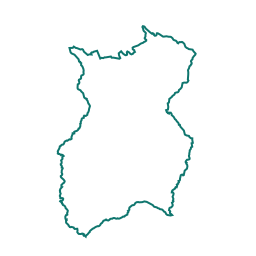 outline of Redenção, Pará, Brazil, rotated 76°
{"feature_id": "56859067B40861427462904", "entity_name": "Redenção", "entity_type": "district", "adm_level": 2, "iso_a3": "BRA", "parent_name": "Brazil", "parent_adm1": "Pará", "projection": "mercator", "projection_center": [-50.206, -8.057], "detail": "fine", "context": "isolated", "style": "outline", "palette": "teal", "viewbox_px": 256, "rotation_deg": 76, "n_neighbors": 0, "source": "geoboundaries", "source_scale": "gbopen_adm2", "svg_char_len": 5826}
<svg xmlns="http://www.w3.org/2000/svg" viewBox="0 0 256 256"><g transform="rotate(76 128 128)"><path d="M57.1,56.9L57.3,58.0L58.0,58.8L57.5,59.4L55.9,59.8L54.9,60.4L53.9,62.0L53.3,62.6L51.6,63.1L50.1,64.2L49.6,65.1L49.4,66.2L48.3,68.5L48.0,71.2L47.7,72.0L45.0,74.4L43.3,76.2L43.1,77.1L44.7,77.9L45.1,78.6L45.0,79.6L44.2,80.2L43.2,80.1L42.6,80.4L42.0,81.1L42.5,81.8L40.7,83.3L35.8,86.7L33.8,87.4L33.2,88.0L32.8,89.0L33.5,89.6L35.1,89.3L36.8,89.4L37.7,89.2L39.5,88.0L40.3,87.7L41.7,88.5L43.4,88.9L44.8,90.1L45.5,90.0L46.9,89.0L47.7,89.2L48.2,90.3L48.4,91.7L48.9,92.5L49.2,95.2L50.3,98.0L50.8,103.2L51.2,104.1L52.8,104.3L54.0,103.1L54.9,103.2L55.9,102.9L56.4,104.5L57.1,105.1L57.4,106.8L56.7,107.7L54.7,108.8L53.6,110.1L54.2,110.8L56.4,111.1L56.9,111.6L56.8,112.7L56.2,113.5L54.5,114.9L51.9,116.1L53.3,118.9L55.4,119.1L58.3,118.6L58.7,119.6L56.3,124.9L55.8,126.9L54.5,127.3L54.1,132.6L53.8,133.6L54.2,135.1L53.5,136.8L53.9,138.1L45.6,139.3L45.7,142.9L46.1,143.5L45.9,145.0L46.4,145.7L47.9,145.6L47.2,147.5L47.4,149.4L43.3,152.3L41.1,152.7L40.4,153.4L40.3,155.2L38.2,158.1L37.6,159.4L35.9,160.9L36.9,162.2L36.2,165.4L40.5,165.4L41.9,164.8L43.9,162.2L49.4,159.3L51.6,159.4L52.2,158.4L52.9,158.6L53.7,157.7L55.7,158.3L57.1,157.4L59.9,157.0L61.4,157.1L62.1,157.3L62.8,157.7L64.3,157.8L65.2,158.2L65.6,159.0L65.8,160.5L66.5,161.0L68.4,161.5L68.9,162.1L69.3,163.9L70.0,164.3L71.8,164.1L72.5,164.4L73.1,164.8L73.5,166.2L76.7,167.2L77.6,167.3L78.4,166.9L79.9,165.0L81.3,164.5L83.4,163.1L87.8,163.1L88.8,162.4L89.1,161.7L89.7,161.0L90.3,161.4L91.6,160.7L94.8,160.5L95.5,160.0L97.5,159.6L100.2,161.2L101.7,161.8L103.4,163.0L103.8,163.7L105.4,164.3L106.1,166.1L105.4,167.5L105.9,168.1L107.4,168.4L107.6,170.3L108.2,170.9L109.1,171.1L110.4,172.3L112.1,172.7L112.4,173.4L113.3,173.4L115.0,174.0L116.7,175.4L116.6,176.1L117.8,177.0L118.4,178.3L118.5,180.3L118.7,181.1L120.3,181.4L120.3,182.3L119.8,183.0L120.6,183.3L123.2,185.1L124.8,185.3L125.1,186.0L125.2,187.0L124.8,187.6L125.7,189.9L125.3,190.5L125.8,192.5L126.3,193.1L126.9,193.4L128.1,194.4L128.4,195.2L128.2,195.9L128.6,197.1L129.3,197.8L129.3,198.6L131.0,199.4L133.6,201.8L134.5,201.8L135.8,202.3L136.4,201.7L136.6,200.7L138.2,199.6L137.8,198.9L138.2,198.2L138.8,197.6L139.6,197.2L140.2,198.6L141.0,199.0L141.7,198.9L142.4,199.3L142.8,200.2L143.5,200.8L144.1,200.5L145.7,200.8L146.5,201.3L146.8,202.0L147.6,202.1L148.9,201.4L150.3,201.9L150.6,201.2L151.4,201.1L153.0,202.5L154.4,202.9L155.0,203.2L156.8,202.9L157.5,203.3L158.0,204.0L158.3,204.8L159.0,205.0L159.8,204.8L162.6,202.9L164.3,202.3L165.1,202.8L165.7,203.4L165.9,204.3L167.3,206.5L168.0,206.5L168.8,206.8L169.3,206.2L170.6,208.2L172.0,209.2L172.8,209.1L173.5,209.5L175.3,209.2L177.4,210.6L178.9,210.4L179.6,210.6L180.3,208.3L181.1,208.0L182.1,208.6L182.6,209.4L182.2,211.1L182.7,211.6L184.5,210.1L185.3,210.4L186.0,209.7L186.9,209.8L188.1,208.4L189.9,207.8L190.8,207.9L192.2,206.9L193.7,206.4L195.3,207.2L195.8,207.7L197.4,207.8L197.7,208.6L197.6,209.3L198.9,210.3L200.5,210.6L201.9,210.5L201.9,209.6L202.7,209.8L202.8,210.5L204.5,210.9L205.3,210.8L207.5,209.3L208.4,209.3L209.2,208.7L210.0,208.5L210.4,207.6L210.3,206.8L211.1,205.3L211.5,204.7L212.4,204.6L213.0,204.2L213.5,201.6L215.1,201.7L216.7,202.4L218.1,201.9L218.9,201.3L219.5,199.2L219.3,198.1L219.7,197.2L220.4,196.5L220.9,197.2L221.8,197.0L221.9,196.2L223.2,195.3L222.1,194.7L221.5,193.1L220.0,191.1L219.8,190.4L219.1,190.2L218.6,189.6L217.1,186.5L217.1,185.6L216.7,184.9L216.1,182.9L215.9,181.1L216.2,180.3L216.0,179.4L215.1,178.1L214.5,177.7L214.0,176.9L213.8,176.1L212.0,174.2L212.0,172.7L211.5,172.0L211.6,171.2L212.3,170.9L213.0,169.5L212.5,168.0L212.0,167.4L211.9,166.6L212.2,165.0L211.9,164.4L211.9,163.6L212.1,162.9L213.1,161.5L213.3,160.7L213.1,160.0L213.6,159.3L213.8,158.2L213.3,155.7L212.7,154.1L213.1,153.3L212.9,152.6L212.4,152.1L211.9,149.6L210.3,149.0L210.0,148.4L209.4,147.8L208.4,148.1L207.8,146.6L207.1,146.3L206.3,146.3L205.5,145.8L204.1,142.9L204.0,142.0L204.2,141.1L203.9,140.3L202.7,139.2L202.1,137.7L202.3,136.0L202.8,135.2L203.4,132.1L203.2,129.9L204.2,127.7L208.8,122.6L210.4,121.9L210.9,121.4L212.0,119.2L212.8,118.7L213.7,117.2L214.4,116.8L215.3,114.7L216.7,113.7L217.7,113.4L218.7,112.2L220.7,111.8L221.9,110.9L223.2,107.9L223.2,106.2L222.3,106.7L220.7,107.9L219.8,107.7L219.1,107.2L218.3,107.5L217.7,108.1L215.8,107.2L215.4,106.2L215.5,105.3L214.5,103.8L213.6,103.2L211.1,103.4L210.7,102.3L210.0,101.6L209.3,102.0L207.8,101.1L205.5,101.4L203.8,100.1L202.5,99.6L201.4,100.0L201.1,101.1L200.1,100.7L199.2,99.9L198.1,96.9L197.4,96.6L196.9,96.1L197.3,95.1L195.8,94.2L194.8,94.4L194.4,93.8L194.3,92.8L193.2,92.4L192.9,91.7L191.6,91.8L191.5,90.7L190.9,90.1L189.7,89.8L186.6,88.2L186.3,87.4L186.4,86.4L187.3,86.0L187.2,85.3L183.1,83.3L181.7,80.6L179.5,79.6L178.1,79.5L176.7,80.1L176.0,79.5L175.2,80.3L174.4,80.1L173.1,78.5L173.3,76.8L173.1,75.9L172.2,75.5L170.3,75.7L169.4,75.5L168.6,74.9L167.5,74.7L165.7,73.8L164.6,73.5L163.5,72.1L162.1,71.6L161.7,70.2L158.2,70.0L158.1,68.7L155.0,68.5L153.6,68.1L153.0,69.6L151.3,70.7L150.4,70.8L149.4,73.0L148.1,74.4L144.0,74.4L139.3,76.9L137.5,76.9L137.2,77.9L135.8,77.8L134.8,78.1L133.6,78.9L131.6,79.6L130.8,80.3L128.2,81.0L126.0,82.5L125.0,82.3L123.5,82.8L123.2,84.0L124.0,84.6L123.2,85.8L122.3,85.7L121.9,86.5L119.9,86.7L119.8,84.8L117.3,83.8L113.7,83.5L113.2,82.2L110.9,81.2L109.9,81.0L108.3,77.7L107.7,77.2L106.8,74.9L105.4,73.9L105.2,72.4L105.4,71.3L105.2,70.6L104.6,69.9L103.5,69.4L102.8,67.8L101.6,66.1L97.6,64.2L97.5,62.6L98.2,60.2L97.9,59.2L96.6,57.9L95.5,58.2L90.7,56.6L88.4,56.0L86.4,55.8L84.7,54.3L83.0,53.4L82.4,52.0L81.6,51.6L81.1,50.7L80.1,50.5L78.6,50.8L77.9,50.4L76.9,48.8L75.7,48.4L74.4,46.9L73.1,44.9L72.2,44.4L69.4,45.9L67.6,46.4L66.1,50.0L65.1,50.8L64.5,51.7L63.0,52.7L59.9,53.0L57.8,54.4L57.5,55.0L57.6,55.8L57.1,56.9Z" fill="none" stroke="#0f766e" stroke-width="2"/></g></svg>